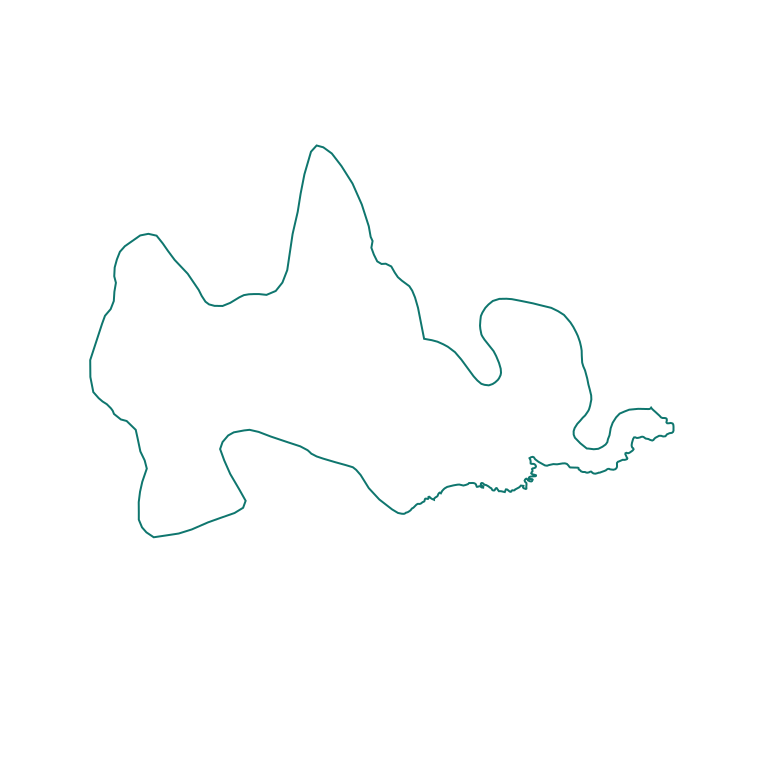 Viengkham, Vientiane, Laos (Natural Earth projection), rotated 286°
{"feature_id": "54806243B32132961433294", "entity_name": "Viengkham", "entity_type": "district", "adm_level": 2, "iso_a3": "LAO", "parent_name": "Laos", "parent_adm1": "Vientiane", "projection": "natural_earth1", "projection_center": [102.518, 18.403], "detail": "fine", "context": "isolated", "style": "outline", "palette": "teal", "viewbox_px": 768, "rotation_deg": 286, "n_neighbors": 0, "source": "geoboundaries", "source_scale": "gbopen_adm2", "svg_char_len": 6155}
<svg xmlns="http://www.w3.org/2000/svg" viewBox="0 0 768 768"><g transform="rotate(286 384 384)"><path d="M296.1,106.8L291.7,113.7L289.6,118.3L288.2,123.1L285.3,128.3L283.5,130.6L280.8,132.7L277.4,140.8L277.5,146.8L271.5,158.0L264.3,161.9L252.0,168.4L244.6,175.0L237.3,179.3L223.3,178.6L213.1,179.2L202.8,180.8L193.0,183.7L186.0,185.7L179.5,190.9L175.9,196.5L173.2,204.9L178.6,216.8L183.7,227.9L191.2,239.3L202.5,253.0L210.4,264.0L218.8,275.9L226.2,282.7L233.6,283.2L243.0,273.7L255.1,261.0L266.5,251.5L276.3,244.4L283.7,244.8L291.6,248.4L296.1,252.9L300.8,262.3L302.9,267.4L303.4,276.7L302.3,289.6L301.5,307.4L301.0,320.7L299.3,328.8L298.1,331.3L296.9,333.5L296.8,334.4L295.8,339.2L295.5,346.1L295.4,358.7L295.5,369.8L295.4,377.0L293.8,380.9L290.1,386.6L279.7,398.1L271.7,411.3L265.7,426.3L263.9,433.0L264.2,436.9L264.7,439.0L265.7,440.2L266.3,440.5L267.2,442.0L268.0,442.8L269.6,444.1L270.5,444.6L271.4,444.9L272.3,445.4L273.1,446.3L276.9,448.4L277.6,449.0L278.1,449.5L278.3,450.2L278.5,451.2L278.9,451.9L279.5,452.6L280.3,453.1L281.1,453.7L281.7,454.5L282.3,455.1L284.6,455.1L285.2,455.4L285.4,456.0L285.6,457.9L286.3,458.2L287.7,457.9L288.1,458.5L287.9,459.2L287.4,459.9L286.8,461.6L286.5,464.0L287.5,463.7L289.3,464.8L290.0,465.6L291.0,466.3L293.4,466.6L294.5,467.1L295.0,467.6L294.6,468.8L297.3,469.4L299.3,470.4L300.5,471.2L302.5,473.1L303.7,475.2L305.7,478.7L307.5,482.4L308.1,484.1L308.2,486.3L308.3,488.3L309.5,490.4L310.9,492.3L312.3,493.1L312.5,494.0L313.4,496.8L313.5,498.4L313.3,499.1L313.0,499.8L312.5,500.3L311.8,500.7L310.8,501.5L311.0,502.4L311.4,502.9L312.1,503.9L312.1,504.8L311.5,506.4L311.7,507.9L312.9,507.7L313.1,506.3L314.0,504.8L315.0,504.6L315.7,505.1L315.9,506.2L315.5,507.1L314.9,508.4L315.0,510.1L314.4,512.7L313.7,514.3L313.3,516.0L312.2,517.0L311.8,517.7L311.9,519.0L312.2,519.5L312.7,519.7L313.6,519.9L314.7,520.4L315.0,521.0L312.6,524.0L313.2,525.9L313.4,529.9L316.3,530.2L316.5,530.9L316.5,531.6L315.3,534.3L315.2,535.2L315.7,536.0L316.5,536.0L317.2,536.6L317.5,538.2L317.9,538.8L318.6,539.0L321.9,542.4L323.6,543.4L324.1,543.6L324.5,546.1L322.8,546.2L322.3,547.1L322.2,549.3L322.7,549.7L324.9,549.0L326.1,548.8L327.3,548.5L328.2,548.0L328.8,546.7L329.8,545.8L331.1,546.0L332.2,546.8L331.9,548.3L331.1,548.9L330.7,550.8L330.9,552.4L331.4,553.0L333.0,553.3L333.3,552.9L333.3,552.3L333.1,551.4L332.8,549.7L333.6,549.1L334.4,549.3L334.9,549.7L335.7,551.0L337.0,554.8L337.6,555.4L338.1,555.3L338.2,554.7L338.2,553.7L338.1,552.1L338.3,551.0L338.6,550.2L339.8,550.2L340.9,550.8L341.7,550.6L342.3,550.3L343.0,549.7L343.8,550.1L344.4,551.3L345.4,552.6L346.6,552.8L347.6,552.2L348.4,550.8L348.4,549.7L347.9,547.8L348.0,546.9L348.7,546.6L349.5,546.5L351.3,545.7L352.8,544.3L354.2,545.6L355.0,547.1L354.8,548.3L353.3,550.1L351.8,553.9L350.1,561.2L350.4,563.3L351.4,564.7L352.1,565.9L353.7,568.9L354.1,570.8L354.5,572.5L356.9,577.6L357.6,579.8L357.6,581.8L356.6,583.6L355.5,585.0L355.1,585.9L355.7,588.4L357.0,593.4L356.8,594.2L355.6,594.7L355.0,596.6L354.4,597.3L354.2,599.2L354.8,601.4L354.6,602.9L354.9,604.2L355.6,605.4L356.6,606.5L356.9,607.2L356.7,607.8L356.3,608.4L355.9,609.5L355.8,610.5L356.1,612.0L357.4,614.2L357.9,614.7L358.3,615.9L359.0,616.8L361.0,619.6L362.1,621.0L363.2,621.7L364.2,622.8L364.5,623.8L364.3,624.5L364.4,625.7L364.8,628.1L365.9,629.9L367.2,630.6L368.4,630.8L369.4,630.6L372.3,629.7L373.7,630.3L374.4,631.3L376.9,634.3L377.4,636.2L378.0,637.3L378.8,638.3L379.7,638.4L380.7,637.3L382.2,636.1L382.9,635.4L384.0,635.2L384.7,636.0L384.7,637.7L385.4,638.7L386.1,639.4L386.9,640.0L387.6,640.6L388.7,641.4L390.0,641.9L390.8,641.4L391.4,640.1L392.3,639.4L393.4,638.9L395.7,638.6L397.2,638.6L399.8,638.6L401.6,639.1L402.0,640.2L401.8,641.8L402.2,643.0L403.4,645.1L404.0,645.7L404.4,646.5L404.6,647.2L404.6,648.1L403.7,650.5L404.0,653.5L403.7,654.6L403.6,656.4L403.6,657.4L404.4,658.4L405.7,658.9L407.1,659.7L410.0,662.7L410.6,664.7L410.5,666.8L411.3,668.8L412.1,669.3L413.5,669.8L415.4,672.0L416.4,674.2L417.7,675.1L419.2,675.1L420.8,674.6L422.0,674.3L423.5,673.8L424.8,673.2L425.6,672.3L425.6,670.4L424.7,668.5L424.3,667.1L424.9,666.1L426.1,665.9L427.2,665.9L428.5,665.2L428.8,664.3L428.6,662.9L428.1,661.2L428.2,659.7L428.8,658.6L429.4,657.7L432.1,652.3L432.8,650.8L433.6,649.2L434.2,648.2L434.9,647.3L434.0,647.0L433.1,646.0L432.7,644.7L430.2,635.2L426.9,626.8L423.8,622.7L420.5,618.7L415.9,616.3L409.8,614.5L404.0,614.1L396.9,614.9L392.6,614.5L389.6,614.7L386.9,613.7L383.9,611.3L380.8,607.9L379.1,603.6L378.3,598.4L377.9,596.7L381.1,589.1L385.0,582.3L387.6,580.3L390.9,579.3L394.2,579.4L399.0,580.8L402.7,582.7L406.3,584.3L409.2,586.0L412.7,587.2L415.0,587.9L416.9,588.1L420.1,588.1L423.4,587.8L426.2,587.6L430.1,586.3L435.6,583.2L439.9,580.6L445.2,577.9L452.5,573.5L455.9,570.7L459.2,568.6L465.8,566.3L470.6,564.8L474.2,563.1L478.5,560.7L483.6,557.1L486.7,554.4L491.0,550.3L494.6,546.2L500.0,538.0L502.0,531.2L503.3,523.8L502.8,511.6L502.6,505.1L501.6,492.3L500.8,483.5L499.7,478.2L497.6,471.4L493.8,465.7L489.2,462.5L485.1,460.4L479.8,458.9L476.0,458.4L471.7,459.1L466.6,460.2L463.5,461.4L458.4,464.0L456.8,465.5L454.3,468.4L445.8,480.3L441.8,484.1L435.9,488.8L430.8,492.0L427.0,493.4L424.6,493.6L421.2,493.0L419.3,492.3L416.2,490.4L413.9,488.4L411.6,485.1L410.9,480.8L411.0,477.5L413.1,472.8L416.1,468.0L428.8,451.6L434.2,443.4L437.4,435.1L438.5,430.1L439.4,423.8L439.3,417.9L438.5,410.1L466.6,395.7L475.7,390.0L481.5,385.4L485.0,381.4L488.3,372.6L490.5,367.9L494.1,363.6L499.0,358.6L500.1,352.5L498.7,348.5L500.0,343.7L505.6,338.6L511.5,334.3L518.3,333.6L521.8,330.6L531.4,325.9L550.4,313.2L568.0,298.5L581.8,283.0L591.2,270.3L594.8,260.4L594.7,253.5L587.2,249.8L563.7,249.7L543.9,251.4L525.7,253.6L503.0,254.8L466.8,259.6L453.5,258.4L443.6,254.3L437.3,246.5L436.0,239.1L434.7,234.5L433.0,229.4L430.8,224.8L427.5,221.1L419.6,213.8L414.5,207.3L412.4,199.5L412.3,193.9L413.9,189.7L418.4,184.5L423.3,180.0L435.9,164.9L445.6,148.5L452.5,139.5L458.2,132.5L463.9,124.5L463.4,116.1L459.6,108.7L445.0,96.9L438.3,93.7L430.1,92.9L421.8,93.0L413.2,95.0L407.4,98.4L398.4,99.4L389.3,101.4L380.6,100.6L372.7,97.0L364.2,96.4L326.0,95.0L309.8,99.8L296.1,106.8Z" fill="none" stroke="#0f766e" stroke-width="2"/></g></svg>